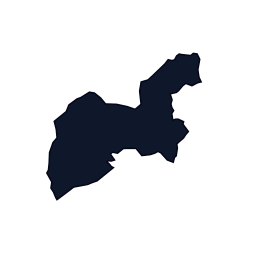 Tessaoua, Maradi, Niger, rotated 231°
{"feature_id": "23599985B9962986153255", "entity_name": "Tessaoua", "entity_type": "district", "adm_level": 2, "iso_a3": "NER", "parent_name": "Niger", "parent_adm1": "Maradi", "projection": "robinson", "projection_center": [8.153, 13.835], "detail": "fine", "context": "isolated", "style": "filled", "palette": "ink", "viewbox_px": 256, "rotation_deg": 231, "n_neighbors": 0, "source": "geoboundaries", "source_scale": "gbopen_adm2", "svg_char_len": 1300}
<svg xmlns="http://www.w3.org/2000/svg" viewBox="0 0 256 256"><g transform="rotate(231 128 128)"><path d="M86.5,168.6L87.3,172.7L96.4,173.1L97.9,175.2L103.4,172.5L105.0,170.3L105.8,167.7L111.7,171.1L112.8,174.4L116.3,174.9L119.7,176.5L122.2,180.0L128.0,182.2L125.2,188.0L125.2,190.7L126.4,196.9L126.3,201.0L120.6,204.3L119.4,210.5L118.3,212.8L117.8,213.9L122.6,215.0L126.1,217.0L129.4,219.0L136.3,227.0L142.1,228.3L144.9,225.7L144.8,222.4L151.2,216.0L153.3,214.3L153.4,211.1L151.7,207.2L152.6,204.7L155.8,202.2L154.6,197.1L153.1,179.6L152.8,173.7L155.5,167.2L149.4,160.3L148.5,159.7L148.0,159.4L138.2,153.1L138.0,145.3L145.3,140.7L153.6,134.0L160.8,125.7L168.6,125.6L176.3,123.9L180.1,120.6L181.3,110.7L182.7,106.5L183.1,96.6L179.6,90.3L179.6,74.9L172.1,71.4L165.0,66.7L163.9,60.6L158.3,51.6L150.3,44.6L145.3,39.6L144.1,36.6L133.9,34.8L129.8,30.3L125.1,29.8L119.4,28.1L117.0,27.7L116.6,37.2L116.3,48.6L112.4,55.8L109.5,61.2L108.1,66.0L106.4,70.7L106.4,91.7L108.5,90.8L111.9,90.8L115.0,90.3L114.8,92.4L112.9,94.1L111.6,97.4L118.8,97.9L119.0,100.7L115.0,104.0L115.0,111.6L107.1,121.4L97.9,121.4L93.3,128.6L91.6,133.0L91.0,136.5L88.2,137.9L78.5,138.4L72.9,141.6L75.9,145.6L76.0,147.9L81.4,153.8L84.7,155.7L85.1,157.9L85.3,164.8L86.5,168.6Z" fill="#0f172a" stroke="#020617" stroke-width="1.5"/></g></svg>